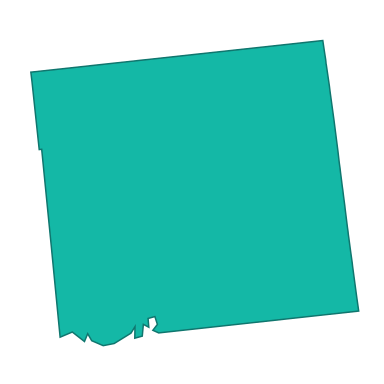 Vernon, Missouri, United States of America (Natural Earth projection), rotated 172°
{"feature_id": "52423323B19067451424478", "entity_name": "Vernon", "entity_type": "district", "adm_level": 2, "iso_a3": "USA", "parent_name": "United States of America", "parent_adm1": "Missouri", "projection": "natural_earth1", "projection_center": [-94.432, 37.85], "detail": "fine", "context": "isolated", "style": "filled", "palette": "teal", "viewbox_px": 384, "rotation_deg": 172, "n_neighbors": 0, "source": "geoboundaries", "source_scale": "gbopen_adm2", "svg_char_len": 787}
<svg xmlns="http://www.w3.org/2000/svg" viewBox="0 0 384 384"><g transform="rotate(172 192 192)"><path d="M43.5,66.3L43.3,96.3L43.2,99.4L43.2,110.7L43.1,123.8L43.1,124.8L43.1,128.6L43.0,131.0L43.0,133.7L43.0,135.4L42.8,147.6L42.7,154.0L42.6,157.1L42.5,167.2L42.4,172.9L42.4,176.8L42.3,183.1L42.2,190.8L42.1,195.1L42.1,200.3L41.8,212.4L41.4,243.6L41.3,272.7L41.2,277.7L41.3,299.2L41.4,300.9L41.3,301.6L41.2,304.6L41.3,310.7L41.4,323.7L41.4,323.8L334.9,333.1L335.1,323.3L337.4,255.3L334.9,255.2L338.9,157.7L342.8,66.6L330.0,70.0L319.3,58.9L315.0,66.2L312.0,58.7L301.3,52.2L290.1,52.8L272.1,60.7L267.2,66.6L269.0,55.2L261.3,56.2L258.6,67.7L253.6,64.1L253.1,72.9L246.1,73.8L244.7,65.7L250.0,60.5L244.6,57.1L43.5,50.9L43.5,66.3Z" fill="#14b8a6" stroke="#0f766e" stroke-width="1.5"/></g></svg>